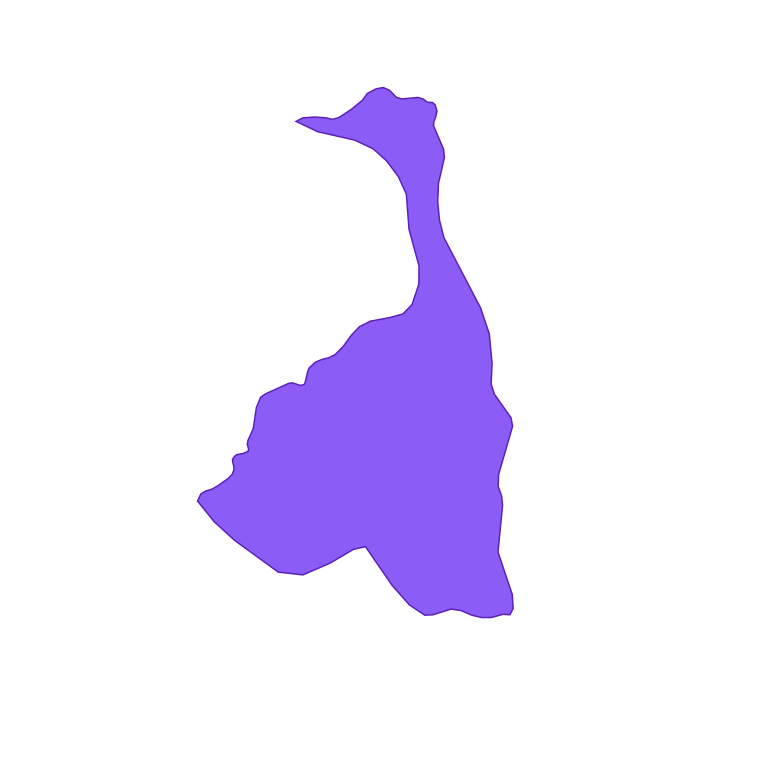 map outline of Aklan (Albers equal-area conic projection), rotated 50°
{"feature_id": "PHL-2525", "entity_name": "Aklan", "entity_type": "Province", "adm_level": 1, "iso_a3": "PHL", "parent_name": "Philippines", "parent_adm1": "", "projection": "albers", "projection_center": [122.165, 11.627], "detail": "fine", "context": "isolated", "style": "filled", "palette": "violet", "viewbox_px": 768, "rotation_deg": 50, "n_neighbors": 0, "source": "natural_earth", "source_scale": "10m", "svg_char_len": 1526}
<svg xmlns="http://www.w3.org/2000/svg" viewBox="0 0 768 768"><g transform="rotate(50 384 384)"><path d="M126.3,282.6L126.7,280.9L127.9,275.2L134.9,265.5L143.2,257.0L148.2,253.4L150.9,247.1L152.6,232.8L152.8,218.1L150.7,210.0L152.9,200.1L156.4,194.0L162.4,191.0L172.3,190.2L177.1,187.1L186.3,173.8L191.1,170.7L195.8,169.8L199.7,165.9L203.0,165.4L208.9,167.9L212.5,172.5L215.1,177.1L217.8,180.0L242.3,187.4L249.4,192.2L265.4,213.4L278.9,225.7L294.2,236.2L310.6,244.1L387.8,261.1L413.4,271.2L437.7,288.0L453.0,302.0L462.8,306.0L491.5,308.4L499.0,312.6L527.0,354.4L535.9,362.4L545.2,365.8L553.1,371.1L586.0,404.7L627.8,421.1L638.9,429.3L641.7,435.8L636.8,441.1L632.0,451.7L625.7,459.3L617.6,465.3L607.0,470.7L599.6,477.2L592.2,494.9L587.3,501.4L569.3,506.6L543.1,507.2L496.7,502.7L491.0,513.7L486.6,540.2L478.1,568.8L460.2,585.9L407.5,599.0L380.3,602.6L353.8,602.1L350.5,594.9L351.4,589.3L353.8,583.9L355.1,577.2L356.2,563.4L355.6,558.3L353.2,554.0L349.6,551.5L346.2,549.9L344.3,548.3L343.4,544.9L343.4,542.8L344.4,540.5L346.5,536.9L348.3,531.3L346.2,529.1L342.5,527.7L339.8,524.5L334.2,512.9L320.0,496.9L314.9,487.1L315.4,481.0L322.3,456.4L324.4,453.3L331.4,448.9L333.1,445.5L331.8,443.0L325.4,434.4L323.6,430.9L323.2,422.3L325.4,415.6L328.4,409.4L330.1,402.6L328.9,390.6L325.8,378.4L324.3,366.1L327.1,354.0L336.7,337.1L342.5,324.5L341.2,311.5L329.9,293.1L315.9,281.2L281.4,265.3L253.0,244.9L234.5,239.7L214.8,238.6L197.0,241.1L178.3,249.7L148.2,272.6L126.3,282.6Z" fill="#8b5cf6" stroke="#5b21b6" stroke-width="1.5"/></g></svg>